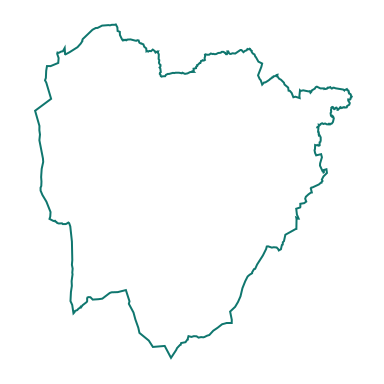 Lier nor, Buskerud, Norway (Equal Earth projection), rotated 271°
{"feature_id": "86288312B74882659121257", "entity_name": "Lier nor", "entity_type": "district", "adm_level": 2, "iso_a3": "NOR", "parent_name": "Norway", "parent_adm1": "Buskerud", "projection": "equal_earth", "projection_center": [10.309, 59.848], "detail": "fine", "context": "isolated", "style": "outline", "palette": "teal", "viewbox_px": 384, "rotation_deg": 271, "n_neighbors": 0, "source": "geoboundaries", "source_scale": "gbopen_adm2", "svg_char_len": 6014}
<svg xmlns="http://www.w3.org/2000/svg" viewBox="0 0 384 384"><g transform="rotate(271 192 192)"><path d="M25.8,173.9L33.7,178.9L35.7,179.8L38.9,182.7L39.0,183.3L40.8,183.8L41.7,188.1L44.2,189.8L44.4,190.4L45.2,190.3L47.8,191.0L47.1,194.0L47.9,196.4L47.8,199.1L46.5,201.1L47.1,203.6L46.9,205.8L47.2,206.9L48.6,209.6L49.3,211.8L53.7,215.7L56.5,219.7L60.3,224.4L61.6,228.8L61.7,234.0L64.9,234.0L73.1,232.2L77.9,237.1L82.8,239.9L88.5,242.3L96.7,244.1L103.8,246.8L108.5,249.1L110.3,251.1L111.8,253.5L112.7,253.5L115.9,255.3L116.3,256.5L120.7,258.4L129.8,264.0L136.3,267.1L138.8,267.7L139.0,269.0L137.8,272.8L138.2,274.6L138.0,277.6L136.4,279.2L135.1,279.8L136.3,281.9L140.6,282.8L141.0,283.6L143.3,283.7L144.5,284.8L150.9,286.1L156.8,296.3L156.9,297.0L166.8,297.0L168.1,296.7L167.2,298.3L167.2,299.1L171.2,297.3L177.1,296.5L178.4,300.3L178.9,300.6L182.1,300.5L182.8,304.3L184.4,306.4L187.2,305.3L189.2,305.9L191.7,308.5L193.4,310.8L193.6,311.8L197.8,310.7L198.5,311.3L198.6,312.2L201.8,318.8L203.2,320.3L203.6,321.3L204.0,321.2L205.3,322.3L206.7,321.6L209.9,323.2L213.4,326.6L217.1,326.0L216.3,323.4L214.1,323.5L213.9,323.2L215.6,322.8L215.2,322.1L220.6,319.5L222.9,319.6L229.0,321.3L232.1,320.4L230.8,315.5L233.4,314.3L236.0,313.8L237.0,314.2L241.1,314.3L240.9,314.9L241.0,315.4L240.8,316.9L241.1,317.1L240.5,318.0L240.9,318.8L243.9,318.7L244.4,319.5L246.0,319.8L248.9,319.7L251.1,318.5L250.8,317.9L252.2,317.6L252.4,317.9L253.6,317.7L254.3,317.5L254.4,317.0L258.6,317.3L258.9,317.1L258.9,316.2L259.4,316.4L259.6,317.3L260.4,317.9L261.5,317.6L261.3,318.5L261.5,319.1L262.3,319.5L263.0,320.9L262.3,322.1L262.8,323.9L262.0,325.7L262.0,327.6L262.6,327.7L262.6,328.1L262.0,328.0L262.0,328.6L262.6,328.6L262.6,330.0L263.0,330.7L264.5,331.7L268.1,332.5L269.9,331.8L270.5,331.1L269.7,330.7L270.7,329.6L273.3,329.2L274.6,329.8L276.3,329.5L278.1,330.0L278.6,329.8L279.2,330.3L279.5,330.8L279.2,331.6L277.9,332.1L277.3,332.7L277.4,333.2L278.7,334.1L278.9,335.0L277.3,336.1L276.7,336.1L276.8,336.7L277.5,337.0L278.1,338.0L279.1,338.4L279.3,338.8L278.6,338.9L278.5,339.5L278.9,339.8L278.7,340.6L279.3,341.6L279.1,342.5L279.5,342.7L279.1,344.3L279.4,345.3L280.7,345.6L282.0,347.7L283.7,348.2L286.1,346.6L287.3,346.6L287.2,348.4L287.8,348.9L289.1,349.0L290.1,349.9L289.5,350.3L290.8,349.9L290.3,349.8L290.9,349.2L292.1,349.1L292.7,348.7L293.0,347.7L294.8,347.1L294.5,346.9L294.8,346.8L295.8,346.6L296.8,345.8L296.7,345.4L297.6,345.0L296.8,343.4L296.7,342.5L296.3,342.4L297.1,341.4L298.2,333.7L298.8,332.0L298.7,331.2L298.1,330.7L297.9,329.7L299.3,328.4L298.6,327.0L298.8,326.8L298.7,325.8L297.8,325.3L297.8,324.9L297.3,324.0L297.5,322.9L297.3,322.4L297.9,322.2L297.8,318.6L299.5,315.0L298.9,313.8L297.5,313.0L295.7,310.1L294.3,309.6L293.3,308.7L294.9,308.0L294.6,306.8L295.6,301.4L294.9,298.8L295.5,298.2L289.9,297.7L287.8,298.0L289.1,293.7L288.5,291.7L292.8,289.9L294.8,288.1L295.0,286.8L298.1,286.3L301.1,282.6L302.9,282.0L305.8,279.0L306.8,277.1L309.4,275.2L310.7,275.4L310.5,274.7L309.6,274.4L310.0,274.0L309.2,272.8L309.1,271.5L308.2,271.0L308.1,270.2L307.1,269.6L306.8,268.6L305.7,267.6L304.3,265.7L302.9,263.5L302.7,262.1L300.6,260.3L304.9,258.8L306.3,257.6L309.8,256.0L318.5,259.2L321.7,259.9L323.5,256.1L328.0,253.5L328.5,252.9L330.6,252.1L331.6,250.3L333.4,249.1L334.1,249.3L334.6,248.5L335.3,248.1L335.4,247.6L336.1,247.5L336.3,247.1L335.9,246.6L335.6,245.4L335.9,244.9L334.6,244.1L334.0,242.5L332.7,241.0L334.8,239.0L334.8,237.9L331.2,232.8L331.4,230.0L330.7,228.4L330.9,227.2L331.8,226.4L333.2,225.8L333.2,224.9L331.6,225.1L330.4,224.5L330.4,223.6L331.6,222.9L331.5,222.6L332.6,221.2L332.7,220.6L332.6,219.2L332.0,218.7L331.6,217.6L331.5,215.9L330.3,213.6L330.2,211.9L330.5,211.0L330.3,210.1L330.8,208.4L329.6,206.8L329.5,204.8L329.9,203.0L329.5,202.5L328.1,202.8L326.3,202.3L324.7,202.4L323.5,203.0L324.1,202.4L323.6,201.3L323.9,200.3L323.5,200.1L323.2,198.8L321.1,198.1L321.1,197.4L319.3,195.7L319.0,194.9L318.0,195.0L317.4,194.0L315.9,193.9L315.3,191.4L313.2,191.6L312.9,190.8L312.1,191.7L311.9,188.1L310.5,185.4L310.0,182.9L311.1,180.3L310.5,179.7L311.0,177.1L311.0,173.8L310.6,172.0L310.8,170.9L309.6,166.8L309.7,165.9L308.7,163.9L307.3,163.1L307.2,160.8L306.8,159.6L307.3,158.8L308.6,158.5L309.5,157.7L310.6,157.9L311.3,158.7L314.8,158.2L315.9,157.4L316.8,158.2L318.4,158.3L318.8,157.7L320.5,156.7L323.3,157.0L324.4,156.3L329.0,156.4L331.0,155.4L331.7,155.6L331.5,155.1L331.7,154.9L331.1,154.5L331.5,153.6L330.9,153.0L332.3,152.2L333.7,150.3L332.1,148.6L332.3,146.8L331.6,145.7L332.4,144.5L332.0,144.0L334.8,143.7L336.4,141.7L338.8,140.8L339.4,138.9L339.7,138.8L339.7,137.9L340.5,136.7L342.6,136.0L342.8,134.6L342.3,134.0L342.3,132.9L343.5,127.9L343.3,124.9L342.6,123.9L343.0,123.4L342.7,122.8L343.0,122.3L342.5,121.3L342.9,120.7L342.4,120.2L343.1,119.5L347.7,117.2L350.9,117.0L351.7,114.8L355.3,114.5L358.2,112.9L357.8,111.7L357.8,109.0L357.2,107.1L357.4,105.6L356.8,99.2L354.4,94.7L354.3,92.9L352.5,89.7L343.0,80.1L341.6,79.6L341.1,79.8L338.5,78.2L334.8,75.0L329.6,67.1L327.4,63.1L327.6,62.7L333.8,62.2L330.4,60.4L330.2,58.9L328.8,56.3L329.1,55.1L327.8,54.8L323.6,56.3L318.7,56.0L315.4,48.4L315.4,44.8L310.6,44.1L303.5,43.9L301.1,43.1L298.8,44.4L282.7,49.5L270.5,33.7L255.4,38.3L251.1,38.3L246.8,39.0L241.1,38.5L222.8,42.4L219.5,42.7L212.5,41.3L204.3,40.9L199.8,41.3L195.4,41.2L193.6,40.5L190.7,40.6L186.4,42.5L179.8,46.6L169.5,50.9L165.0,50.7L162.6,50.0L160.6,54.0L160.8,55.6L159.9,56.0L159.8,56.9L158.7,57.7L158.2,59.3L158.4,62.6L157.7,63.3L157.7,66.0L158.0,67.0L159.3,68.9L158.7,69.7L155.5,70.9L140.3,72.8L121.8,73.5L117.1,73.2L113.3,74.0L109.1,73.7L107.7,74.0L100.8,73.2L96.0,73.5L89.9,72.7L80.8,72.4L77.0,74.2L68.6,75.6L69.7,76.6L71.1,77.2L71.9,79.3L73.4,80.6L74.1,81.8L75.3,82.7L74.8,83.1L76.9,84.6L80.1,88.6L81.1,89.1L83.8,89.0L84.7,89.3L85.1,90.3L85.0,92.3L82.7,94.6L83.2,100.5L83.8,104.2L89.6,111.5L90.3,113.3L90.6,119.5L92.8,127.6L81.6,131.4L79.1,130.8L70.5,135.6L63.6,137.6L55.3,140.7L50.2,141.9L42.7,151.4L36.4,155.6L37.6,167.4L25.8,173.9Z" fill="none" stroke="#0f766e" stroke-width="2"/></g></svg>